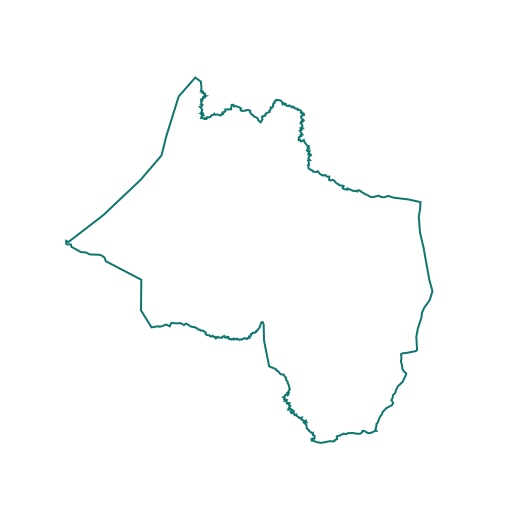 Cahora Bassa, Tete, Mozambique (Equal Earth projection), rotated 110°
{"feature_id": "85939544B63348478902842", "entity_name": "Cahora Bassa", "entity_type": "district", "adm_level": 2, "iso_a3": "MOZ", "parent_name": "Mozambique", "parent_adm1": "Tete", "projection": "equal_earth", "projection_center": [32.439, -16.08], "detail": "fine", "context": "isolated", "style": "outline", "palette": "teal", "viewbox_px": 512, "rotation_deg": 110, "n_neighbors": 0, "source": "geoboundaries", "source_scale": "gbopen_adm2", "svg_char_len": 6118}
<svg xmlns="http://www.w3.org/2000/svg" viewBox="0 0 512 512"><g transform="rotate(110 256 256)"><path d="M379.1,83.0L378.0,84.5L375.1,84.6L372.7,85.4L371.3,84.7L364.7,84.5L361.7,83.5L359.3,83.6L354.6,81.6L349.3,77.0L347.1,76.9L345.1,79.5L343.2,79.1L339.6,79.6L337.2,78.3L334.3,78.6L330.0,78.1L324.2,75.2L315.7,74.4L314.9,74.8L314.0,77.3L312.3,79.6L307.0,82.5L306.2,83.5L301.7,84.6L298.8,86.1L297.3,85.0L295.6,81.4L290.7,73.3L289.2,72.5L277.4,77.6L269.1,79.1L257.7,79.4L252.5,80.6L247.0,80.2L238.2,77.7L228.8,78.1L219.1,85.0L190.0,101.9L178.1,109.8L163.3,116.5L155.5,117.9L149.1,119.9L150.7,132.0L154.2,147.0L154.3,152.5L156.4,154.7L157.3,156.7L157.8,159.0L157.3,161.3L160.6,166.1L161.3,168.6L160.6,172.4L160.5,175.8L160.0,176.5L159.9,178.3L159.2,180.0L159.0,181.9L159.4,182.5L160.7,182.7L160.5,184.2L161.6,186.4L161.2,193.1L161.7,193.6L162.5,193.1L163.0,195.7L162.9,197.1L162.3,198.0L160.7,197.3L160.2,197.7L161.0,202.0L160.2,203.3L160.3,205.0L158.5,208.3L158.2,209.6L159.5,211.9L159.6,213.2L156.3,214.3L157.2,216.7L156.2,218.4L157.5,220.6L157.0,221.0L157.4,222.1L156.9,224.2L155.2,226.8L156.5,228.2L157.2,231.2L156.3,232.0L156.6,233.2L156.1,233.9L156.1,235.5L155.5,236.7L153.5,237.7L152.8,237.4L152.6,238.1L151.8,237.7L149.4,238.7L148.6,239.7L148.0,239.6L147.4,238.3L146.7,239.9L146.1,240.2L144.1,240.2L142.5,238.8L141.7,239.8L142.7,240.8L142.4,241.7L139.1,241.7L139.8,243.2L139.4,244.2L138.1,244.1L136.8,242.9L136.3,244.3L134.8,243.9L134.7,245.8L132.3,249.4L130.6,250.8L132.2,251.8L132.9,253.1L131.7,254.3L132.5,255.4L131.6,256.0L129.8,256.3L128.0,254.6L127.1,255.5L126.1,253.9L123.3,257.6L122.1,256.5L121.4,257.3L120.5,256.0L120.2,257.6L118.9,256.4L117.0,257.5L116.1,259.0L116.0,260.3L115.8,259.6L114.7,259.5L114.3,258.7L113.6,259.0L113.5,258.1L112.7,258.3L112.3,257.6L111.8,258.1L111.3,260.2L109.5,261.4L108.0,260.5L107.2,259.2L106.8,259.5L107.1,260.6L106.4,259.6L105.9,259.7L105.7,260.5L106.5,262.2L105.8,263.0L104.9,262.6L104.0,263.8L103.9,266.0L104.4,266.8L103.4,267.5L104.0,269.0L103.6,271.0L103.0,271.4L103.9,272.6L103.2,273.3L103.7,274.4L103.1,276.3L104.1,277.1L104.3,278.1L103.9,278.9L104.0,279.8L103.2,280.0L103.6,280.7L102.9,281.5L104.3,282.7L103.0,283.2L103.1,283.8L101.9,284.9L101.5,286.2L102.3,290.4L103.2,290.2L103.9,291.2L105.4,291.5L105.9,291.0L106.7,291.8L108.2,291.7L108.6,291.1L110.5,291.3L111.5,291.9L111.3,292.9L113.8,292.5L114.6,293.1L115.8,292.4L118.4,295.2L119.7,295.7L120.2,295.2L121.0,295.4L122.7,297.9L123.6,297.9L124.3,297.1L125.6,296.7L128.8,297.3L127.7,300.2L126.6,301.0L125.7,302.7L125.5,306.0L124.5,307.3L124.5,308.7L122.6,311.0L121.5,311.1L121.5,313.2L122.4,315.3L123.2,315.8L124.6,319.3L123.9,320.6L122.5,320.5L122.0,322.3L122.1,326.5L123.0,327.8L121.8,328.8L122.0,330.1L122.3,330.6L126.7,329.6L128.8,335.0L130.5,334.3L132.3,335.5L132.3,336.4L133.8,336.6L134.2,335.8L135.1,337.1L136.0,337.1L136.3,339.1L136.1,340.6L137.2,342.5L137.3,343.3L136.7,343.9L137.8,344.4L139.2,346.1L140.9,346.3L141.8,347.5L142.2,349.2L142.9,349.1L143.4,350.0L143.7,349.3L144.2,349.5L144.9,351.2L144.6,353.3L145.2,354.6L144.0,355.0L142.3,354.2L141.5,355.8L141.1,354.8L141.3,353.8L140.4,354.5L140.5,355.9L139.9,355.0L139.4,355.5L139.4,356.6L136.9,356.5L135.0,359.7L134.0,358.2L132.4,358.0L132.3,359.7L131.0,359.4L129.7,360.4L128.9,359.9L128.4,360.8L127.8,360.1L127.3,360.8L126.3,359.4L125.0,359.9L124.4,358.2L124.0,358.2L123.7,359.1L122.8,358.0L122.9,358.9L122.0,359.0L121.7,359.9L121.0,359.7L121.0,361.1L120.3,361.3L120.0,362.1L120.4,362.6L119.7,362.6L119.9,363.5L119.4,363.2L119.1,364.2L116.8,364.7L111.0,367.4L109.1,374.1L132.5,383.2L173.5,381.3L193.9,379.2L223.9,390.5L269.7,413.4L306.9,437.0L306.7,439.5L309.4,438.5L309.8,437.4L308.6,434.8L308.6,433.8L310.5,432.6L312.2,422.2L310.8,416.5L311.4,412.8L308.4,403.6L308.3,401.2L309.2,398.0L312.3,395.3L317.6,355.6L346.4,345.5L358.8,329.8L355.3,323.6L355.6,322.8L354.2,320.4L351.1,317.0L351.6,313.0L348.5,312.9L347.7,312.4L346.7,308.3L344.9,303.9L345.5,299.9L343.8,299.1L343.4,298.1L344.5,293.3L344.4,290.7L343.7,289.5L344.2,288.0L344.0,287.0L344.9,285.2L344.4,283.6L345.0,282.5L344.2,280.0L345.1,277.9L345.0,277.0L346.5,276.8L347.1,275.2L346.5,272.6L347.2,271.5L346.9,270.4L345.7,269.5L346.4,268.7L346.2,267.8L347.1,265.8L346.4,265.8L346.7,265.3L346.3,265.0L345.8,265.3L345.7,264.2L345.0,264.0L345.3,263.0L344.6,260.1L343.5,260.1L342.7,259.4L342.8,258.4L342.2,258.2L343.2,256.9L342.6,255.2L341.8,255.5L341.5,254.2L343.2,253.3L343.1,252.1L342.6,251.3L342.9,250.6L342.0,249.7L342.1,248.5L341.2,248.4L341.5,247.4L340.7,246.4L340.9,245.7L340.1,245.3L340.7,243.6L339.6,242.2L339.6,241.1L337.1,238.8L337.3,237.6L336.9,236.0L336.2,236.1L335.9,235.3L335.1,235.0L335.0,234.2L333.9,234.9L333.1,233.7L331.1,234.0L331.0,233.3L329.0,232.6L328.7,231.1L327.7,230.2L326.9,230.3L326.6,229.6L325.5,229.7L324.8,229.0L321.7,228.1L317.5,228.4L316.0,227.7L315.8,227.1L317.7,225.4L332.6,219.6L355.2,205.9L355.5,198.6L356.7,197.5L356.4,196.5L358.5,192.8L358.6,191.1L357.9,189.6L359.6,187.5L360.1,186.0L362.0,185.5L363.2,183.3L364.6,182.8L365.7,181.4L369.9,178.6L371.5,179.4L373.0,178.4L373.8,179.6L374.7,178.3L375.6,178.3L376.1,178.7L375.7,179.6L376.0,180.8L377.5,180.9L379.4,182.1L379.6,180.5L381.0,180.5L380.9,178.7L382.0,179.2L381.3,177.7L382.5,177.8L384.1,176.5L383.9,175.9L383.3,176.4L382.8,174.1L384.9,173.9L385.1,172.7L385.5,172.4L387.5,173.2L389.3,173.2L389.1,172.6L388.0,172.1L387.9,170.5L388.4,169.1L390.2,170.3L390.9,169.1L392.2,169.4L389.8,167.5L390.8,167.5L390.7,166.6L392.3,165.3L391.1,163.9L392.3,163.1L392.7,161.2L393.4,160.3L392.1,157.6L393.8,157.9L394.4,155.3L395.7,154.5L394.7,153.9L394.6,153.0L393.8,153.2L393.5,152.8L394.9,152.2L395.1,151.6L396.4,153.2L397.9,150.5L400.5,149.5L401.5,146.8L402.1,146.6L403.5,142.1L403.0,141.8L404.8,141.2L404.9,139.5L407.3,138.6L407.9,138.8L408.2,140.5L409.0,141.2L410.5,140.5L410.0,139.0L410.1,135.4L409.4,131.0L404.6,123.0L404.2,121.1L403.1,118.9L402.1,119.0L400.3,117.1L398.2,118.3L397.4,118.0L396.4,116.3L392.9,112.8L392.6,110.4L391.4,109.6L389.3,105.0L388.4,99.9L387.3,97.2L385.2,95.9L384.0,96.2L383.6,95.8L383.5,93.8L384.1,90.3L383.4,88.1L379.6,84.2L379.1,83.0Z" fill="none" stroke="#0f766e" stroke-width="2"/></g></svg>